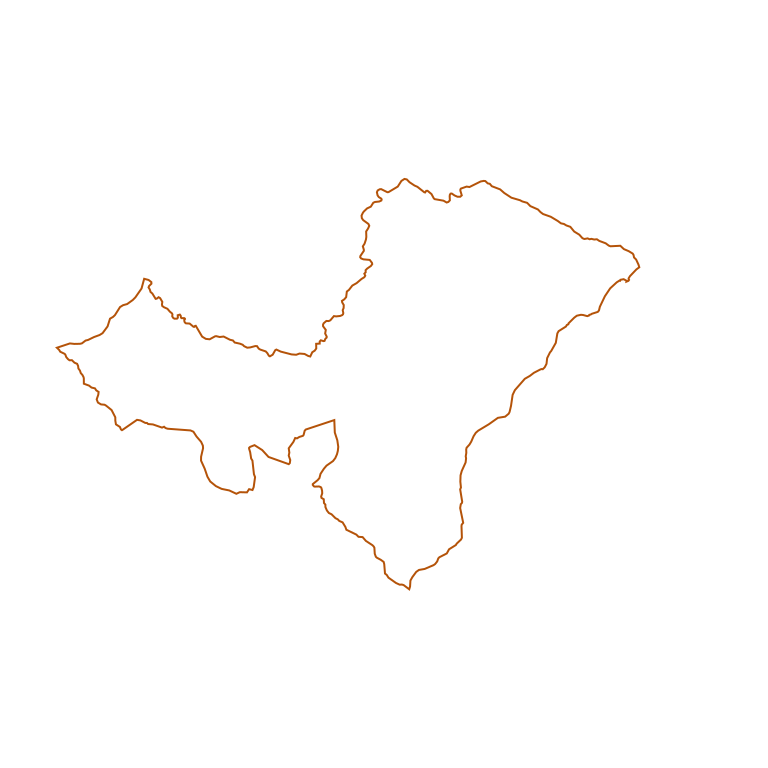 Nitibe, Ambeno, East Timor (Albers equal-area conic projection), rotated 155°
{"feature_id": "22284137B96760248350473", "entity_name": "Nitibe", "entity_type": "district", "adm_level": 2, "iso_a3": "TLS", "parent_name": "East Timor", "parent_adm1": "Ambeno", "projection": "albers", "projection_center": [124.176, -9.337], "detail": "fine", "context": "isolated", "style": "outline", "palette": "amber", "viewbox_px": 768, "rotation_deg": 155, "n_neighbors": 0, "source": "geoboundaries", "source_scale": "gbopen_adm2", "svg_char_len": 6166}
<svg xmlns="http://www.w3.org/2000/svg" viewBox="0 0 768 768"><g transform="rotate(155 384 384)"><path d="M620.1,453.9L616.8,449.6L615.3,448.9L614.7,447.4L610.5,445.0L603.6,438.3L601.4,438.2L600.6,436.4L599.0,434.9L579.0,423.7L576.9,421.3L576.1,415.6L574.2,408.9L574.2,404.7L575.1,402.3L580.5,395.4L582.2,391.9L582.3,383.0L583.2,374.6L582.7,369.1L579.5,362.5L576.5,358.8L575.4,357.5L569.2,352.9L564.2,346.9L560.4,346.9L554.0,343.7L550.7,345.7L548.0,343.5L545.7,345.6L540.2,354.1L540.0,357.2L535.6,370.2L535.9,372.6L534.1,378.8L533.6,382.4L533.2,383.2L531.9,383.6L527.2,383.3L522.3,375.6L519.5,366.7L504.2,351.6L502.8,352.1L501.1,354.7L500.6,359.4L498.8,361.8L497.5,366.0L490.6,369.8L487.3,372.6L485.8,371.5L483.1,371.8L479.4,371.3L478.4,371.8L475.6,375.2L474.1,375.8L444.3,372.3L449.1,360.8L450.1,352.7L452.0,346.4L454.1,342.9L456.3,340.2L459.5,337.4L462.8,335.7L470.6,334.3L474.3,332.6L479.5,329.4L482.3,326.0L484.8,324.9L490.8,323.4L491.2,322.7L490.8,320.9L490.2,320.3L486.2,318.6L484.9,317.3L484.7,316.2L485.2,313.5L486.2,311.0L488.5,308.6L488.8,307.2L487.3,305.0L488.7,301.5L488.1,299.5L489.1,297.2L489.2,293.5L488.5,290.4L486.6,288.1L484.7,282.9L483.1,280.9L482.4,278.8L480.0,276.1L479.4,270.8L479.7,267.8L472.7,259.2L471.7,256.3L468.1,254.3L466.7,249.4L462.6,242.8L462.0,241.1L461.9,239.7L464.1,234.1L464.4,230.9L463.9,229.6L461.2,226.0L459.5,222.9L459.9,220.7L463.2,211.8L462.2,209.8L461.8,206.6L457.3,198.7L454.6,195.5L452.6,194.7L451.2,193.5L447.9,187.3L446.0,189.4L443.1,194.7L439.9,197.0L434.2,200.1L430.9,200.7L425.3,199.2L415.6,198.9L413.8,199.2L410.8,200.7L408.5,203.0L407.0,203.6L398.7,203.9L394.9,206.7L386.9,207.7L385.6,208.6L379.9,210.5L378.4,211.7L373.8,222.5L373.0,223.7L370.9,224.7L367.4,239.4L365.2,242.6L363.6,243.3L362.9,244.2L359.5,256.3L358.0,257.7L356.1,263.2L353.2,268.9L350.3,272.3L343.2,278.4L341.0,282.0L340.5,283.9L338.5,286.8L337.2,289.9L336.1,291.3L332.1,293.0L329.3,294.9L324.9,298.8L321.4,301.0L318.3,301.9L306.0,303.2L295.1,305.2L288.0,303.2L283.5,304.4L282.0,305.6L278.2,310.4L272.0,319.8L268.0,323.1L254.2,329.2L248.4,329.7L243.4,330.8L236.0,331.1L234.7,330.9L233.9,330.3L231.3,331.2L228.2,333.6L225.2,338.5L220.2,342.5L218.6,343.2L210.9,348.7L205.5,356.6L203.4,358.1L194.8,359.2L193.4,360.2L191.7,360.2L191.1,361.0L183.6,363.7L180.4,364.4L176.3,363.5L174.4,362.4L171.1,359.6L169.3,359.4L168.7,359.9L167.3,359.6L166.0,359.8L159.8,359.0L158.1,359.8L155.7,362.8L146.7,370.2L138.6,375.1L130.1,377.8L126.9,378.2L126.4,377.8L125.6,378.5L122.5,377.7L120.5,375.0L121.0,374.3L118.9,374.2L117.9,374.8L118.0,375.8L117.6,376.4L115.5,377.8L106.8,381.2L103.3,381.9L102.9,384.7L102.9,390.3L103.9,393.0L103.3,395.6L103.5,397.1L106.1,401.0L109.6,404.9L111.4,409.4L120.5,413.1L121.8,414.4L123.6,417.8L128.4,422.7L129.9,425.2L132.4,426.1L134.7,427.9L136.5,428.3L137.9,429.9L141.0,430.7L141.8,431.4L142.6,432.5L143.9,436.8L147.2,441.8L148.7,447.7L151.7,450.6L153.3,453.0L155.7,454.8L157.6,458.3L162.2,465.1L168.0,470.8L169.5,473.6L170.7,477.1L176.2,483.4L177.7,487.7L181.5,491.0L183.1,493.1L189.8,499.0L194.3,506.3L196.5,511.3L202.7,517.7L203.5,520.7L205.2,522.0L206.4,525.1L207.7,525.9L210.8,526.7L223.3,526.4L225.7,528.0L231.7,528.6L232.5,528.1L233.1,526.9L233.8,522.1L235.7,521.5L238.3,522.7L240.4,525.1L242.1,528.0L243.2,528.4L244.3,527.7L245.1,526.5L246.7,522.6L248.7,521.8L250.5,522.0L252.6,525.0L259.9,530.1L260.4,531.1L260.7,536.1L262.9,540.7L264.1,541.2L265.8,540.2L266.5,540.8L270.4,548.6L272.5,551.0L275.6,556.1L276.9,559.8L278.8,561.2L282.4,560.7L288.1,557.1L298.8,556.0L299.9,556.4L304.2,561.8L305.6,562.3L307.9,562.1L309.4,560.8L310.1,557.6L309.7,555.6L308.1,553.1L308.2,552.1L308.9,551.4L311.2,551.4L315.3,552.8L317.1,552.8L321.0,550.3L325.1,550.3L329.5,548.8L330.9,548.0L333.2,546.1L334.0,543.6L333.6,541.3L330.5,535.7L330.5,533.6L332.8,531.6L335.7,529.8L337.9,524.7L339.3,522.6L342.3,519.4L345.0,517.7L345.5,514.3L346.0,513.2L351.3,510.0L352.0,509.0L351.7,507.5L350.0,505.7L344.5,502.5L343.7,498.9L344.0,497.6L346.0,496.5L350.6,495.7L352.6,494.9L353.4,493.0L355.2,492.3L355.2,490.1L356.7,489.1L360.0,488.7L366.2,487.0L371.1,486.6L376.0,484.1L378.6,483.5L381.6,478.7L384.3,477.5L387.0,477.1L387.4,475.6L387.1,472.6L388.5,469.9L390.2,468.4L390.9,465.5L391.7,464.5L392.8,464.1L395.0,464.2L398.8,465.5L400.7,466.7L405.7,464.4L407.5,464.4L409.6,465.5L413.1,464.5L414.2,463.5L414.8,462.1L413.9,457.6L416.0,454.6L415.9,451.1L416.4,450.3L418.1,449.7L419.7,448.2L420.8,448.5L422.8,450.3L424.3,449.7L425.2,447.8L428.5,449.1L430.4,444.8L432.7,443.5L435.6,443.1L439.2,440.1L440.8,441.4L443.3,444.8L447.7,447.3L451.2,447.6L455.3,449.9L463.9,457.0L467.0,460.7L468.3,460.6L472.5,457.6L475.7,457.3L476.4,458.3L476.7,461.3L477.4,463.5L481.6,467.5L482.6,469.0L483.1,472.0L484.7,472.8L489.8,473.7L492.6,474.7L494.8,477.4L495.5,479.3L497.5,481.4L501.8,484.7L502.5,487.3L504.9,489.2L509.3,494.8L513.0,496.0L515.9,498.3L517.0,498.6L523.1,498.2L526.4,500.2L528.8,503.8L530.0,516.3L530.7,516.5L531.9,516.0L532.5,516.4L534.6,520.9L537.9,522.7L538.5,524.0L538.4,525.2L537.9,526.6L536.9,527.0L536.8,527.4L537.2,528.1L539.7,529.3L539.9,530.0L539.4,531.9L539.7,533.2L541.9,533.5L542.8,531.2L544.0,530.7L546.4,531.8L547.2,533.2L547.3,534.9L546.3,536.5L546.3,537.6L547.5,540.1L548.5,543.7L551.0,546.6L552.0,548.5L551.6,550.0L550.2,552.1L550.6,556.4L551.6,557.9L553.9,557.4L555.0,557.7L555.7,563.9L556.7,566.1L556.3,568.7L556.6,571.0L555.5,572.1L552.4,573.2L551.8,574.7L553.4,577.8L556.9,580.7L563.4,573.0L572.7,567.6L576.2,566.3L583.0,565.0L587.1,565.7L590.7,565.3L598.8,560.1L601.3,559.3L604.7,559.0L610.2,553.0L617.6,549.0L621.1,548.6L626.9,549.1L633.6,549.0L636.1,549.5L640.6,548.5L642.5,548.9L647.7,551.2L651.5,553.5L665.1,555.1L664.0,552.2L663.8,550.1L660.7,546.3L660.4,545.2L660.6,542.7L659.9,540.1L659.0,538.4L656.8,537.5L655.5,534.1L653.6,532.0L653.6,529.7L654.4,527.2L653.9,524.7L654.2,522.0L653.5,519.7L653.4,517.2L653.7,515.9L655.9,511.1L652.0,507.2L650.6,504.4L647.8,502.2L647.5,499.9L646.0,497.4L647.5,495.0L650.9,491.5L651.1,488.1L649.1,485.1L646.0,483.3L645.1,482.0L641.9,475.5L641.6,467.4L643.0,464.3L644.0,460.7L641.5,456.7L641.6,454.0L641.0,452.9L640.0,453.0L623.0,455.9L620.1,453.9Z" fill="none" stroke="#b45309" stroke-width="2"/></g></svg>